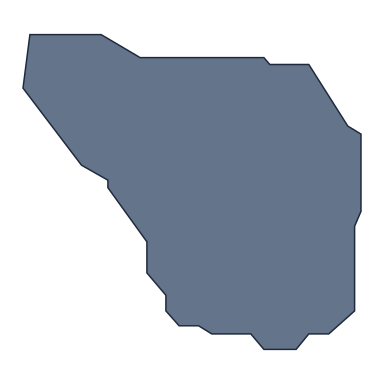 Navassa Island, Natural Earth projection
{"feature_id": "UMI-5177", "entity_name": "Navassa Island", "entity_type": "state/province", "adm_level": 1, "iso_a3": "UMI", "parent_name": "United States Minor Outlying Islands", "parent_adm1": "", "projection": "natural_earth1", "projection_center": [-75.015, 18.406], "detail": "fine", "context": "isolated", "style": "filled", "palette": "slate", "viewbox_px": 384, "rotation_deg": 0, "n_neighbors": 0, "source": "natural_earth", "source_scale": "10m", "svg_char_len": 469}
<svg xmlns="http://www.w3.org/2000/svg" viewBox="0 0 384 384"><path d="M101.1,34.6L140.1,57.6L263.9,57.6L269.8,64.5L308.8,64.5L347.8,126.1L361.0,134.1L361.0,187.7L361.0,211.3L354.6,226.3L354.6,310.9L328.8,333.9L308.8,333.9L296.1,349.4L263.9,349.4L250.8,333.9L211.7,333.9L198.6,325.8L179.1,325.8L165.9,310.9L165.9,295.3L146.9,272.9L146.9,241.8L107.9,187.7L107.9,180.2L81.5,165.2L23.0,88.1L29.9,34.6L101.1,34.6Z" fill="#64748b" stroke="#1e293b" stroke-width="1.5"/></svg>